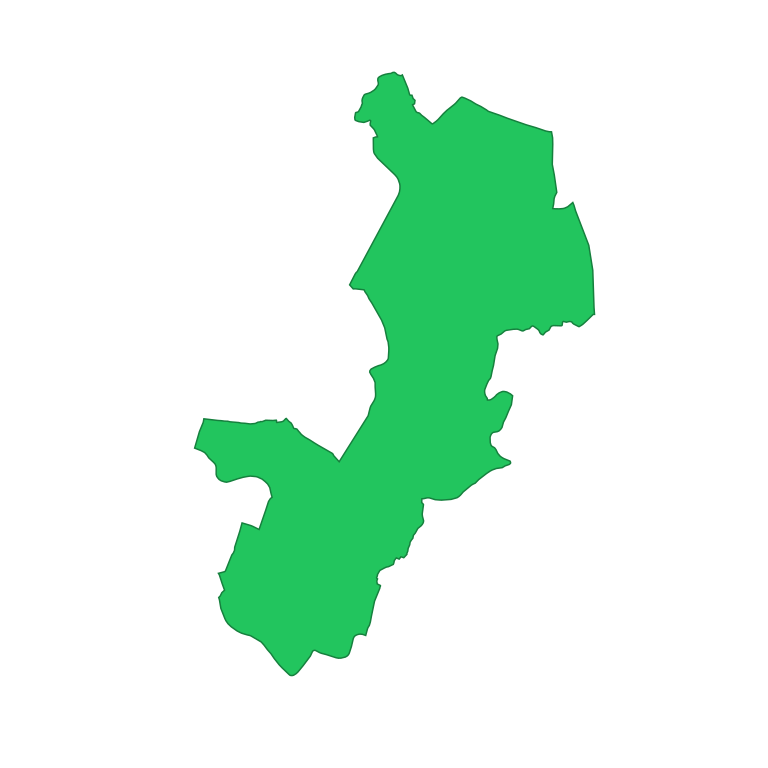 the district of Khai Bang Rachan, Sing Buri, Thailand, rotated 298°
{"feature_id": "78962969B1658466470104", "entity_name": "Khai Bang Rachan", "entity_type": "district", "adm_level": 2, "iso_a3": "THA", "parent_name": "Thailand", "parent_adm1": "Sing Buri", "projection": "albers", "projection_center": [100.295, 14.826], "detail": "fine", "context": "isolated", "style": "filled", "palette": "green", "viewbox_px": 768, "rotation_deg": 298, "n_neighbors": 0, "source": "geoboundaries", "source_scale": "gbopen_adm2", "svg_char_len": 6147}
<svg xmlns="http://www.w3.org/2000/svg" viewBox="0 0 768 768"><g transform="rotate(298 384 384)"><path d="M118.3,337.9L116.2,340.0L109.3,345.3L102.2,353.6L100.8,355.5L99.1,358.8L97.9,363.1L97.0,370.0L97.0,371.7L97.1,375.0L97.4,376.8L98.3,381.2L98.9,383.3L99.1,384.8L98.6,396.6L97.1,400.7L94.7,405.8L92.8,410.8L90.0,416.1L86.9,423.2L85.5,427.4L83.0,436.3L82.7,437.7L82.9,438.6L83.4,439.7L84.4,440.9L87.0,442.4L89.3,443.2L97.2,444.8L109.3,446.7L114.6,446.4L115.9,447.2L116.4,447.9L116.6,448.9L116.6,453.1L116.8,455.0L118.0,460.1L119.8,470.2L120.5,472.4L121.7,474.6L124.8,478.1L126.8,479.3L128.4,479.7L130.0,479.7L136.8,478.5L144.8,476.4L146.3,476.3L147.7,476.5L149.6,477.6L151.1,479.1L151.9,480.2L152.9,482.6L153.4,485.9L159.9,484.4L161.4,484.2L163.9,484.4L167.4,483.7L173.4,481.8L187.8,477.6L201.6,476.2L202.4,475.9L204.0,475.7L204.4,475.4L204.3,471.9L206.7,470.1L208.9,469.8L209.1,468.7L209.4,468.4L210.7,468.3L212.1,468.0L212.6,467.7L216.2,467.8L217.5,467.9L221.4,470.5L223.4,472.0L224.9,473.8L229.1,476.9L230.6,476.7L233.0,476.0L236.2,476.5L236.5,479.6L239.4,480.1L239.9,483.0L240.2,483.1L244.3,484.2L245.2,483.7L247.5,483.5L250.2,482.5L254.1,482.2L256.6,481.3L259.3,481.5L261.3,481.9L264.2,481.0L267.1,481.6L272.4,481.7L276.4,483.4L278.0,483.7L279.4,483.8L280.7,483.6L281.8,483.2L285.2,480.1L287.1,478.8L296.0,475.5L296.6,474.5L297.0,473.0L300.4,471.3L301.4,472.9L303.7,475.5L304.7,477.3L305.9,483.5L307.9,488.1L308.6,489.5L313.6,497.4L317.9,501.9L319.7,502.9L321.9,503.7L325.9,504.6L335.7,508.6L337.2,509.5L339.3,511.1L344.1,512.5L353.0,516.5L356.8,518.5L359.0,520.0L362.2,522.9L365.7,527.7L368.6,529.4L371.7,532.3L373.1,532.9L373.5,532.9L374.3,532.5L375.1,531.5L374.4,524.9L374.5,522.3L374.8,520.4L376.1,517.1L378.6,513.7L379.6,511.6L379.7,508.6L379.9,507.9L380.5,506.9L382.2,505.3L386.5,502.8L387.5,502.5L389.2,502.3L390.3,502.3L391.8,502.7L392.7,503.3L395.1,506.4L396.6,507.6L398.7,508.3L401.0,508.6L406.4,507.4L411.4,507.4L418.3,506.7L425.5,506.2L434.0,503.1L434.6,500.3L434.6,496.3L434.0,494.1L433.3,492.5L432.3,491.5L430.2,489.8L427.3,488.4L426.0,488.2L423.7,487.4L420.7,485.9L419.3,484.6L418.4,482.8L419.8,481.9L421.3,479.1L422.8,477.6L424.2,476.6L425.3,476.0L426.4,475.6L432.1,474.9L436.1,474.7L438.9,475.3L440.8,475.0L446.5,473.3L451.7,472.0L461.1,468.8L468.9,467.5L472.9,465.8L476.6,462.7L478.7,461.4L479.1,461.4L479.8,461.5L483.2,464.0L487.5,465.7L488.9,466.9L493.1,472.6L494.9,475.7L495.3,477.0L495.7,480.8L496.1,481.8L497.0,482.5L498.6,483.5L501.1,486.4L504.1,487.2L505.0,487.9L505.2,488.8L505.1,490.1L504.5,494.2L504.0,495.7L502.5,497.6L501.9,499.0L501.9,500.9L502.2,501.5L505.6,502.2L509.1,504.4L512.9,504.4L513.9,504.8L515.1,506.1L518.4,512.8L518.9,513.5L519.6,513.7L522.5,512.6L523.4,512.9L524.2,516.0L526.2,518.3L526.9,520.1L526.9,520.7L526.3,521.9L526.0,523.4L526.1,528.9L526.3,529.4L528.8,530.9L530.5,531.7L535.1,533.3L543.6,536.0L544.3,537.2L550.0,533.6L582.5,514.9L602.6,499.7L626.8,471.9L630.9,467.9L632.9,465.5L626.7,463.0L623.9,460.8L622.9,459.6L620.9,456.5L619.1,453.0L618.1,450.6L622.5,449.3L627.5,447.2L630.0,446.7L634.3,446.6L648.4,436.3L656.9,429.5L675.0,420.4L680.5,417.3L685.3,413.5L684.3,411.4L683.3,408.0L681.6,397.5L679.6,387.8L676.6,368.4L675.6,360.0L673.8,348.6L673.8,347.6L674.1,345.9L674.5,339.3L674.3,333.7L674.7,327.8L674.4,321.4L674.0,318.6L673.7,317.9L672.4,317.1L665.8,315.5L663.8,314.8L655.3,311.1L650.5,309.5L643.2,307.7L640.6,306.8L637.0,305.1L636.4,304.6L636.3,304.1L638.4,294.5L638.9,291.2L639.8,288.3L639.7,287.3L639.3,286.0L639.5,284.5L643.9,278.1L644.2,278.2L645.2,279.1L645.8,279.4L649.0,278.2L649.7,275.7L652.1,273.1L651.3,271.6L651.4,271.2L651.7,270.6L656.3,266.2L665.5,255.1L664.2,254.3L663.5,252.1L663.4,250.4L664.0,248.2L664.0,246.7L663.2,245.5L661.5,244.3L660.2,242.4L658.1,239.8L655.6,237.4L653.1,235.7L651.7,235.2L650.5,235.3L649.0,236.1L647.1,237.7L645.5,238.4L644.3,238.3L640.7,237.9L638.8,237.3L635.2,235.3L633.5,233.9L631.1,231.4L630.0,230.8L627.1,230.8L625.5,231.0L623.8,231.6L621.6,233.2L620.0,233.3L617.8,233.7L612.8,233.6L611.7,233.1L610.6,231.8L610.0,231.6L605.6,233.0L603.6,234.4L603.4,235.4L603.8,238.5L605.5,243.4L608.3,246.1L610.1,247.4L610.3,248.0L610.1,248.7L607.3,249.6L606.0,250.4L604.5,254.9L603.9,256.2L599.8,261.7L599.2,262.2L598.2,260.7L596.3,259.0L586.4,264.4L584.1,266.0L582.9,267.3L580.3,272.5L573.9,295.2L572.8,298.1L571.4,300.4L568.2,303.8L566.6,305.0L563.9,306.4L560.8,307.5L557.4,308.0L471.0,307.6L470.3,307.5L469.4,307.1L467.5,306.9L455.4,307.1L453.5,312.2L454.2,313.3L454.8,314.5L457.8,322.2L456.4,324.1L454.4,328.0L452.2,330.8L449.7,335.4L439.3,351.8L433.9,358.3L425.1,365.6L423.2,367.8L418.5,371.1L415.9,372.5L408.6,375.8L407.0,375.9L405.5,375.6L404.2,375.3L401.8,374.2L399.2,372.2L397.6,370.5L394.5,367.9L391.7,366.0L391.1,365.6L389.2,365.3L387.8,365.8L386.2,368.1L384.0,372.1L381.1,375.5L377.2,377.6L371.4,381.2L369.2,382.3L367.4,382.8L364.9,383.1L358.2,382.7L356.2,383.0L348.6,384.9L294.3,380.9L297.1,373.3L298.2,371.8L298.5,370.7L299.0,354.6L299.3,349.7L299.7,345.2L299.9,339.2L300.4,335.9L300.9,334.0L301.7,332.2L302.0,331.2L303.3,328.2L303.0,326.8L302.5,325.7L302.5,325.1L304.5,322.6L305.9,320.4L306.4,317.3L307.7,313.9L307.3,313.5L304.0,312.6L302.6,311.4L299.7,307.4L299.8,307.1L301.3,306.2L301.5,305.9L299.6,303.0L296.5,296.6L293.6,294.1L292.9,292.7L292.3,292.3L291.1,290.6L289.1,289.2L288.4,288.4L285.9,284.6L284.1,279.8L282.3,275.9L281.8,273.9L278.4,266.0L277.8,263.6L276.4,260.7L275.1,257.3L273.8,254.4L268.7,241.3L265.3,242.4L255.2,243.4L238.5,246.9L239.3,253.7L239.3,257.8L238.1,261.1L236.5,264.0L234.8,270.4L234.0,272.5L232.9,273.9L231.4,275.1L225.5,278.2L224.8,278.8L223.9,279.7L223.1,281.2L222.3,283.2L222.1,285.7L222.7,289.1L223.4,291.1L225.7,293.7L231.4,299.1L235.5,303.4L237.9,306.4L239.9,309.1L242.1,314.4L242.5,315.9L242.8,321.1L242.1,324.7L241.1,328.2L238.9,331.8L234.5,335.5L231.4,338.4L229.6,337.5L226.1,337.2L217.1,338.8L196.9,342.0L196.7,335.0L196.5,332.9L194.7,323.9L186.3,325.8L169.8,328.8L167.0,330.1L163.9,330.3L161.6,329.9L145.2,331.7L144.1,331.7L143.4,331.3L139.1,326.7L138.2,328.2L131.8,334.8L127.1,340.0L123.7,338.8L119.8,338.9L118.0,338.3L118.3,337.9Z" fill="#22c55e" stroke="#15803d" stroke-width="1.5"/></g></svg>